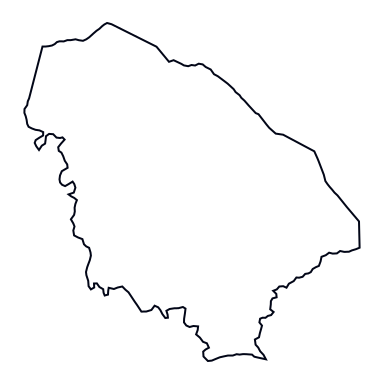 Coronel João Sá, Bahia, Brazil
{"feature_id": "56859067B3761453867009", "entity_name": "Coronel João Sá", "entity_type": "district", "adm_level": 2, "iso_a3": "BRA", "parent_name": "Brazil", "parent_adm1": "Bahia", "projection": "robinson", "projection_center": [-37.952, -10.285], "detail": "fine", "context": "isolated", "style": "outline", "palette": "ink", "viewbox_px": 384, "rotation_deg": 0, "n_neighbors": 0, "source": "geoboundaries", "source_scale": "gbopen_adm2", "svg_char_len": 3046}
<svg xmlns="http://www.w3.org/2000/svg" viewBox="0 0 384 384"><path d="M337.5,195.4L334.5,192.6L332.0,189.5L329.7,186.9L327.7,184.4L325.4,181.1L323.8,174.7L318.7,161.4L317.6,158.7L314.3,151.3L283.1,134.7L275.7,133.6L269.2,127.8L266.4,124.4L258.5,114.2L255.7,113.1L248.6,105.4L244.4,100.6L241.3,97.8L239.6,95.2L235.6,92.1L233.7,89.2L227.6,83.6L217.8,76.2L214.0,74.2L210.7,69.5L205.7,67.0L202.7,64.4L198.7,63.7L195.1,65.5L191.5,65.0L188.2,66.2L183.9,65.4L181.4,63.9L173.6,60.2L169.0,61.8L156.5,46.7L111.5,24.2L107.0,23.0L104.3,24.5L102.1,26.2L99.4,28.8L96.5,30.8L93.5,33.4L89.2,37.3L86.3,39.3L83.0,40.8L78.8,40.2L75.6,39.3L70.9,40.1L67.4,40.1L63.8,41.4L59.5,41.3L56.9,42.1L54.7,44.1L52.0,45.5L48.5,46.2L45.8,46.5L42.5,46.5L29.1,98.4L27.8,101.3L27.2,105.2L24.5,109.0L24.4,112.9L25.7,116.2L26.6,119.8L27.2,123.9L28.6,126.8L32.0,128.5L35.5,129.8L39.5,130.4L43.2,132.1L43.1,135.5L39.2,137.8L35.7,140.1L34.7,142.9L36.3,146.3L39.0,150.0L41.8,145.7L45.1,143.6L45.6,139.9L46.0,136.2L49.1,133.9L53.2,134.2L56.5,137.6L60.0,138.0L62.5,137.4L64.6,139.6L61.1,143.5L58.2,147.2L58.8,150.9L61.4,152.6L63.2,156.2L64.8,160.8L67.2,164.4L67.6,167.8L64.5,169.6L61.8,171.2L60.0,175.5L59.5,179.4L60.1,182.5L62.1,184.8L65.1,186.1L68.6,184.1L72.6,181.6L74.3,184.1L75.4,187.7L73.8,192.6L68.6,194.4L71.1,196.3L74.2,197.9L76.9,200.1L75.4,203.9L74.6,207.7L74.8,211.5L74.1,214.9L70.9,219.3L73.3,223.4L74.5,226.5L73.3,230.5L74.1,235.4L78.1,237.5L82.4,239.1L84.0,244.3L86.2,246.4L89.1,247.8L90.5,252.4L90.9,255.6L89.8,260.2L88.4,263.9L87.2,267.2L86.0,272.0L86.4,275.2L88.2,280.8L88.6,286.2L90.9,289.4L94.2,287.5L94.0,283.5L96.9,283.4L99.4,287.0L103.2,289.2L103.6,292.8L104.7,295.5L108.0,294.6L108.2,290.9L108.7,287.8L113.9,289.0L117.7,287.5L122.3,286.5L125.4,289.7L128.5,292.3L131.3,296.5L134.6,301.5L137.2,305.2L141.4,311.6L146.4,311.5L151.4,310.0L154.6,305.7L158.2,307.3L160.4,310.2L162.4,314.1L165.3,318.0L167.9,317.7L167.6,314.7L166.4,310.8L169.6,309.0L174.2,308.3L178.4,308.2L182.9,307.0L185.5,308.6L185.0,312.9L184.1,318.8L184.0,322.4L186.3,325.5L189.6,327.0L193.4,326.0L198.1,326.4L197.7,330.0L196.1,334.4L199.9,337.6L203.0,341.8L206.9,343.3L208.9,347.7L205.6,349.5L203.2,351.6L203.5,356.5L207.9,361.0L211.8,360.6L215.6,359.0L219.8,357.3L223.8,356.4L228.1,355.5L232.9,355.5L236.6,354.2L239.6,354.6L243.1,354.1L246.4,354.2L249.0,354.4L252.0,354.6L254.3,356.7L257.2,357.4L265.9,359.3L263.5,354.8L260.2,351.3L258.2,347.5L255.6,344.7L254.9,339.5L259.0,337.3L259.9,333.1L261.0,329.3L262.0,325.6L259.4,322.4L260.1,318.7L262.6,317.7L265.5,317.8L267.9,315.9L271.1,315.1L273.6,312.0L270.2,309.3L270.8,304.4L270.9,301.1L272.5,298.4L276.6,297.3L276.3,293.9L273.2,290.8L276.8,289.4L279.3,286.5L283.2,286.2L286.5,287.7L288.9,283.7L293.7,281.1L296.4,277.5L299.1,277.7L302.6,276.8L305.2,273.9L308.4,273.4L310.8,272.1L312.7,269.0L315.8,267.2L318.9,265.9L320.6,261.3L321.5,256.8L325.8,255.2L329.1,252.7L332.7,253.6L336.9,253.4L340.1,251.0L344.3,251.9L349.0,251.7L351.9,250.4L355.9,249.2L359.6,247.7L359.0,221.4L346.8,207.0L337.5,195.4Z" fill="none" stroke="#020617" stroke-width="2"/></svg>